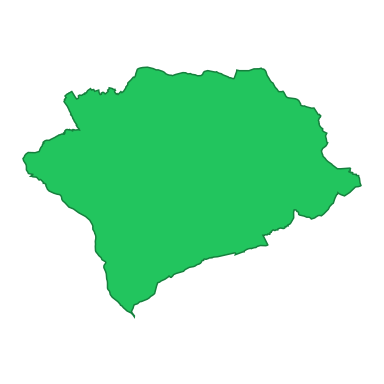 Berzunti, Bacau, Romania
{"feature_id": "2599482B20873643169779", "entity_name": "Berzunti", "entity_type": "district", "adm_level": 2, "iso_a3": "ROU", "parent_name": "Romania", "parent_adm1": "Bacau", "projection": "orthographic", "projection_center": [26.631, 46.4], "detail": "fine", "context": "isolated", "style": "filled", "palette": "green", "viewbox_px": 384, "rotation_deg": 0, "n_neighbors": 0, "source": "geoboundaries", "source_scale": "gbopen_adm2", "svg_char_len": 5844}
<svg xmlns="http://www.w3.org/2000/svg" viewBox="0 0 384 384"><path d="M263.7,69.1L263.4,69.3L262.5,69.1L261.9,68.8L261.6,68.3L261.8,68.2L261.1,68.2L259.1,68.8L253.9,68.9L248.9,70.7L239.5,70.7L236.8,70.1L236.6,71.6L234.7,77.0L234.0,78.5L233.2,78.7L230.6,77.8L229.0,77.7L228.8,77.3L228.2,76.9L223.1,74.9L221.3,73.7L218.7,73.1L216.6,71.8L215.3,72.1L207.7,70.6L204.4,71.5L203.5,72.4L202.6,74.4L201.1,75.6L197.5,75.8L195.2,74.8L191.9,74.4L190.5,73.6L187.8,73.9L185.7,72.8L182.9,72.6L175.5,74.5L172.4,75.7L171.6,75.3L169.2,75.1L167.8,74.7L166.0,73.9L164.3,72.3L162.7,71.4L158.3,69.9L156.1,69.9L153.3,68.6L147.5,67.2L142.9,67.5L140.2,68.0L138.2,68.7L137.3,69.4L135.7,74.1L135.5,75.5L134.8,76.9L134.2,77.5L133.6,77.1L133.3,77.2L131.0,79.9L127.9,82.9L127.6,85.0L125.9,86.9L125.8,87.9L123.6,91.3L121.9,92.6L120.9,91.6L118.0,94.5L117.1,93.6L116.3,94.1L114.7,92.2L114.5,91.1L115.3,90.5L114.9,90.2L115.0,89.4L113.1,89.4L112.9,88.9L112.2,88.5L109.2,87.8L109.1,89.0L107.7,90.1L108.3,91.3L105.6,93.7L105.1,93.9L103.7,92.5L102.8,92.3L101.3,93.1L101.3,94.3L100.2,94.6L99.9,94.4L99.0,92.3L98.7,90.1L94.7,91.3L93.7,89.5L91.5,90.0L90.5,88.6L87.8,90.5L87.0,91.5L86.5,92.8L84.9,93.0L84.7,94.2L83.9,93.9L81.5,95.4L79.6,95.1L78.4,95.8L78.6,97.8L78.3,98.3L76.7,99.0L75.4,97.4L72.1,92.0L71.8,91.5L71.4,91.6L69.9,92.7L69.0,92.9L68.2,93.7L67.3,93.9L65.0,96.0L66.1,97.6L64.5,99.4L65.0,100.0L64.5,100.4L64.0,101.6L67.4,106.4L69.1,109.9L69.3,110.7L70.1,111.9L71.1,114.3L70.7,114.8L71.9,115.9L72.6,117.5L72.9,118.7L73.6,119.5L74.2,121.1L76.8,124.9L76.3,125.2L77.4,127.1L79.2,129.1L79.5,130.0L78.5,129.7L74.9,130.1L73.9,129.6L72.9,129.6L72.9,130.7L72.5,130.9L72.3,130.9L72.0,130.1L69.9,129.9L69.5,129.5L69.0,129.9L67.5,129.5L66.2,129.6L64.8,131.0L65.0,131.6L64.7,133.5L64.1,133.5L63.9,132.7L63.3,133.3L63.7,134.2L61.6,134.1L60.3,134.7L58.6,135.1L57.8,135.8L56.2,136.5L55.5,137.1L50.2,139.7L49.5,140.3L46.4,140.3L45.0,140.8L43.3,142.1L43.1,142.7L43.8,142.8L43.9,143.0L42.5,144.5L42.2,145.9L41.0,147.3L40.3,148.6L39.2,151.5L35.1,152.7L28.2,152.5L26.0,154.0L24.8,155.5L24.1,157.2L23.0,158.5L23.6,160.7L26.1,164.7L26.4,166.6L26.4,169.9L28.0,172.4L28.4,173.5L32.8,174.4L32.7,175.0L31.6,175.5L30.7,176.3L32.2,176.4L32.8,176.8L36.1,177.1L36.9,177.5L39.1,180.0L40.6,179.5L43.4,182.3L43.5,182.7L43.2,182.9L43.3,183.3L44.0,183.1L45.9,184.3L45.9,185.8L47.2,188.6L47.4,189.2L49.1,191.0L53.9,193.2L57.1,194.2L59.6,194.6L60.6,195.4L61.5,196.8L61.8,199.1L62.6,200.7L65.1,202.9L68.9,207.1L73.4,208.9L78.6,212.7L85.6,216.5L89.8,220.2L92.4,224.8L92.9,226.3L92.8,227.2L92.9,229.4L94.4,231.9L94.8,233.6L95.4,234.7L95.8,236.5L95.8,238.4L95.3,241.3L95.5,244.3L95.3,246.3L95.5,250.6L95.7,251.3L96.5,252.7L97.1,253.2L98.8,255.6L101.1,257.6L102.0,259.7L105.4,261.7L105.8,262.3L105.6,263.2L104.3,265.0L103.9,266.0L103.9,267.7L105.6,271.5L106.3,273.8L106.7,279.0L107.3,280.8L107.5,282.9L107.5,288.2L108.0,289.5L109.2,290.8L109.7,291.8L110.3,294.6L112.3,297.3L117.8,301.6L120.1,304.2L120.5,305.2L121.8,305.8L123.5,307.8L127.1,311.0L131.2,313.0L133.1,315.0L134.3,316.8L134.4,315.9L132.2,313.0L131.5,311.7L132.0,310.3L133.1,308.1L133.7,305.9L134.2,304.8L137.6,303.7L139.7,301.8L141.5,301.5L147.2,299.2L149.1,298.0L150.7,296.4L152.7,295.2L154.6,293.6L156.6,285.9L157.7,282.7L159.6,282.1L161.2,280.9L165.0,279.2L168.0,277.1L168.7,276.5L168.9,276.0L169.1,276.0L170.5,277.3L171.3,277.3L172.9,275.7L173.6,274.6L176.3,273.4L183.5,271.3L185.1,269.6L189.4,267.3L193.5,266.6L195.1,266.0L196.9,264.7L199.2,264.0L199.4,263.6L200.3,263.4L201.2,262.3L202.2,260.5L203.6,260.4L203.7,259.4L204.4,259.0L206.0,259.3L208.3,258.5L209.9,257.7L211.0,258.0L211.7,257.5L212.4,257.7L213.3,257.1L217.7,256.7L234.9,252.8L235.7,253.6L235.3,254.7L242.9,251.9L244.2,251.8L244.3,250.9L246.8,249.4L248.7,248.7L250.5,248.4L251.6,248.6L251.8,248.4L254.1,247.7L255.9,247.5L257.3,246.4L260.3,245.5L265.8,245.7L267.0,245.4L267.8,244.9L263.0,235.3L264.4,235.3L265.3,234.7L267.1,234.9L267.9,234.0L269.7,234.3L269.9,234.1L270.1,232.6L271.2,232.3L271.1,231.8L272.9,230.0L273.6,229.9L274.1,230.4L275.0,230.5L275.9,229.9L277.4,229.9L277.9,229.8L277.9,229.1L278.2,228.7L280.7,228.0L282.4,228.4L283.8,228.5L284.8,227.9L285.1,227.4L285.0,226.9L285.2,226.6L286.5,226.7L287.5,225.4L288.1,225.7L288.1,224.8L289.8,224.1L290.7,223.1L293.7,217.9L293.6,212.2L294.2,209.8L295.9,209.9L296.9,211.4L297.3,211.3L297.8,211.7L298.6,212.8L298.6,214.0L298.8,214.5L299.8,215.1L304.2,216.1L306.8,217.2L309.1,217.2L310.3,217.8L311.3,219.0L314.8,217.9L315.7,217.0L316.4,216.8L317.8,215.7L319.6,215.4L321.4,215.8L323.9,213.8L328.4,209.2L329.6,206.6L332.1,204.0L333.3,203.2L334.8,198.6L336.2,195.6L336.7,194.6L337.4,194.3L337.9,192.7L338.4,193.3L341.1,194.7L344.5,195.9L349.8,192.4L355.5,186.9L358.5,186.6L360.6,185.9L361.0,185.5L360.0,182.8L359.4,178.1L358.8,177.2L358.6,175.6L356.4,175.5L356.3,174.4L352.9,174.2L352.7,172.7L352.3,172.5L351.3,172.9L350.9,172.7L350.8,172.1L349.3,172.1L348.9,171.7L349.1,171.2L350.0,170.9L350.2,170.4L350.0,169.4L350.5,168.8L350.0,168.1L340.2,168.8L337.3,168.7L332.3,164.9L331.8,164.2L328.0,161.6L326.3,160.0L325.1,158.3L323.0,156.3L322.8,155.1L322.0,153.2L321.4,150.7L321.8,150.3L322.6,148.5L325.8,146.1L326.8,144.6L327.7,142.7L327.0,142.3L326.7,141.7L326.3,139.0L325.7,136.8L325.6,135.7L326.8,133.2L324.1,131.9L322.9,131.0L322.3,130.1L322.8,129.0L322.6,128.6L321.4,127.9L320.0,126.3L319.2,124.6L319.2,123.4L318.9,123.1L318.9,122.6L319.0,122.1L318.4,120.5L319.3,118.1L320.3,117.1L320.7,116.0L320.6,115.6L319.5,115.1L319.6,114.7L319.4,114.5L319.2,114.7L318.2,114.5L314.0,108.0L311.7,108.2L306.4,106.8L304.3,105.9L303.1,106.1L301.5,105.6L300.6,105.0L300.6,103.9L298.7,100.5L296.9,99.3L295.1,98.7L288.1,97.8L286.7,97.1L286.0,96.4L283.9,92.4L283.0,91.3L281.5,91.7L278.6,91.6L277.0,89.2L275.1,87.2L272.9,83.0L271.4,82.1L270.1,80.4L268.9,78.2L267.1,75.4L265.8,71.3L264.7,69.9L263.7,69.1Z" fill="#22c55e" stroke="#15803d" stroke-width="1.5"/></svg>